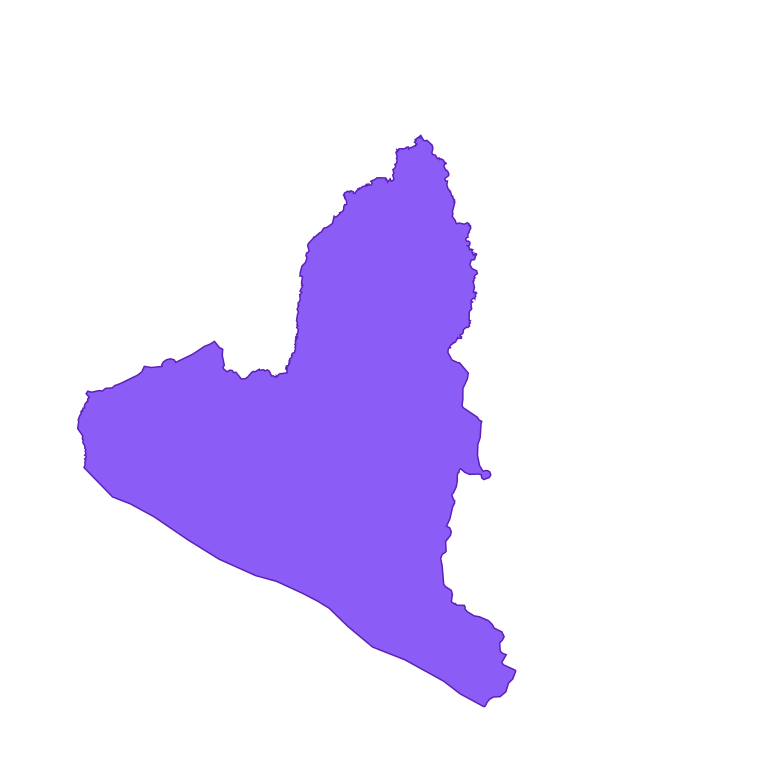 the district of Sissala West, Upper West, Ghana, rotated 209°
{"feature_id": "2480657B76140913943028", "entity_name": "Sissala West", "entity_type": "district", "adm_level": 2, "iso_a3": "GHA", "parent_name": "Ghana", "parent_adm1": "Upper West", "projection": "natural_earth1", "projection_center": [-2.221, 10.758], "detail": "fine", "context": "isolated", "style": "filled", "palette": "violet", "viewbox_px": 768, "rotation_deg": 209, "n_neighbors": 0, "source": "geoboundaries", "source_scale": "gbopen_adm2", "svg_char_len": 6171}
<svg xmlns="http://www.w3.org/2000/svg" viewBox="0 0 768 768"><g transform="rotate(209 384 384)"><path d="M365.7,541.8L366.2,542.6L366.9,542.0L367.8,542.3L367.8,540.6L368.5,540.2L369.6,540.8L369.9,542.2L370.6,541.8L371.9,543.1L371.5,544.5L373.2,544.2L374.3,542.9L376.0,545.1L377.9,545.3L376.4,547.0L377.4,549.4L379.5,550.0L380.9,548.9L382.7,550.1L382.9,551.7L381.7,553.0L383.4,555.9L383.0,558.2L383.6,559.1L383.6,562.2L385.1,564.3L386.0,563.6L386.4,564.6L387.2,564.4L387.2,565.2L389.2,565.5L391.3,562.7L396.4,561.2L398.5,559.2L400.9,561.5L405.7,563.8L406.1,566.1L407.7,567.9L410.2,577.5L411.4,577.3L411.4,579.1L414.2,580.2L414.9,581.6L416.1,581.4L419.0,584.3L419.8,584.1L420.0,585.0L422.4,585.6L425.7,588.7L426.9,592.3L428.3,591.5L429.9,592.2L430.2,594.0L428.6,597.1L428.8,598.7L430.4,600.3L432.8,601.4L433.8,601.1L437.2,603.6L437.7,606.0L436.5,606.6L436.8,607.3L438.8,607.3L440.8,608.7L443.6,608.5L444.3,607.3L445.4,608.4L446.6,607.0L450.0,609.1L451.8,608.4L454.1,609.1L455.5,613.9L457.8,616.3L464.7,617.9L465.9,616.6L467.4,616.3L473.0,619.6L472.3,618.7L473.3,616.8L472.4,616.6L473.8,616.0L475.2,612.7L474.0,612.5L474.6,610.3L471.6,609.7L472.2,608.8L471.8,607.5L472.7,607.2L474.6,604.0L475.8,603.5L476.5,601.4L477.8,603.0L479.2,601.8L480.0,599.8L485.0,596.9L484.5,595.4L486.4,595.2L484.9,593.7L485.8,593.3L485.7,592.1L482.8,589.6L482.5,587.3L481.2,586.4L480.0,583.4L481.0,581.3L479.4,580.3L479.2,577.9L480.2,575.9L477.6,573.1L477.7,570.9L474.7,568.1L474.9,566.4L476.1,564.9L478.1,566.4L478.7,562.3L480.5,563.9L481.5,563.5L481.5,564.7L482.8,564.9L490.0,561.0L491.3,558.1L493.6,555.5L493.7,554.7L492.7,555.1L491.7,553.6L491.7,551.9L493.1,550.7L494.0,551.6L494.6,551.2L495.0,549.2L495.8,550.4L496.3,550.1L496.4,547.8L498.3,546.6L499.6,543.5L500.5,543.4L500.2,542.3L501.4,542.1L501.0,540.8L501.7,539.8L501.8,536.5L503.1,536.1L503.8,537.2L506.3,537.0L507.2,536.4L507.1,535.3L509.3,535.0L511.1,531.9L510.9,529.7L510.4,530.0L509.7,528.6L508.9,528.8L508.6,527.5L506.0,526.3L504.5,524.4L503.9,522.9L504.2,522.1L505.3,521.9L505.3,520.2L503.7,516.2L504.2,514.3L505.8,512.3L505.1,511.9L506.5,507.6L507.4,506.4L509.0,506.6L506.9,499.4L509.7,493.5L512.3,491.0L512.5,486.4L513.4,485.5L516.0,478.4L516.7,478.4L516.5,477.1L518.3,470.0L517.9,468.1L514.1,464.2L514.5,461.7L515.2,461.1L514.5,458.3L512.7,457.2L512.0,454.5L511.6,452.3L512.9,447.3L511.2,440.5L509.7,437.6L509.0,438.4L507.3,438.2L505.0,432.0L503.9,431.6L503.9,430.5L502.8,430.7L502.4,424.4L500.4,424.3L500.5,421.6L501.1,421.4L498.3,417.3L497.9,414.8L498.5,413.5L497.2,411.1L496.5,411.2L496.3,407.3L493.6,405.4L493.6,403.6L491.3,397.1L489.4,395.6L488.8,393.4L487.7,393.3L487.8,391.2L485.3,390.1L483.9,385.6L484.5,385.1L482.2,382.7L483.9,382.6L483.2,380.7L482.7,381.1L482.1,380.1L482.5,378.7L481.0,376.8L481.2,375.4L480.0,375.2L479.6,372.8L478.6,372.2L477.6,368.2L479.0,366.4L478.7,364.1L478.1,364.2L477.6,363.1L478.7,360.0L478.0,359.3L478.3,357.4L477.6,358.3L476.7,356.6L477.3,356.1L476.5,354.0L478.0,352.6L478.0,351.6L477.3,349.8L476.4,351.2L475.9,349.2L474.2,346.7L479.7,342.7L480.7,341.5L481.1,338.9L481.9,339.0L481.2,338.3L483.4,337.2L484.9,337.5L486.2,336.5L490.7,339.7L492.9,339.8L494.4,337.8L496.3,338.1L499.5,335.7L500.3,336.4L502.7,332.2L504.5,331.6L505.4,330.0L506.6,324.1L508.0,321.2L511.4,319.3L519.1,322.5L521.1,321.1L523.2,322.2L525.4,321.5L527.3,318.6L531.6,319.5L532.9,320.4L532.7,322.9L539.3,330.6L541.9,336.2L545.7,336.1L552.9,339.1L555.6,334.3L559.2,330.0L565.9,317.1L576.6,302.0L579.2,303.4L582.8,302.6L585.9,299.9L587.7,296.3L587.7,293.3L586.6,291.8L595.5,285.6L602.2,283.2L601.7,277.1L604.0,272.0L615.1,256.2L618.8,252.0L619.7,248.9L625.4,245.2L626.9,241.3L629.9,240.2L635.7,235.1L639.6,234.1L639.8,231.1L635.2,229.4L635.9,227.5L634.6,225.0L635.3,224.6L635.8,221.7L635.3,219.2L634.2,217.9L635.5,216.9L634.6,214.3L635.4,214.1L634.9,213.5L635.6,212.8L634.3,210.6L634.8,209.3L634.1,204.5L632.9,203.2L630.3,196.5L622.2,192.5L621.9,191.0L620.7,189.3L620.0,189.4L618.9,186.6L615.9,185.0L614.3,182.6L612.9,181.9L612.8,180.4L610.8,178.4L611.3,176.6L609.4,176.4L608.9,175.6L609.5,173.3L608.3,173.3L607.7,170.5L606.2,168.5L605.9,165.5L566.6,153.6L547.7,156.2L520.6,156.4L479.8,152.6L443.1,150.8L403.3,154.2L382.2,159.3L354.3,161.4L336.5,161.9L323.3,161.3L298.3,154.5L266.4,148.4L231.8,152.9L187.9,153.0L167.0,149.9L140.3,150.2L139.3,151.3L139.5,155.7L138.8,159.5L136.4,163.4L130.8,166.9L128.2,174.0L130.1,182.8L128.4,188.3L129.5,196.4L130.1,197.3L143.6,196.3L146.0,197.8L145.8,206.5L150.1,205.9L153.1,207.0L157.3,213.7L156.3,217.5L156.4,221.2L160.7,224.3L169.4,223.9L172.5,226.1L177.8,227.6L187.7,226.7L192.6,224.9L200.8,225.2L204.1,226.5L205.1,228.5L206.6,229.3L213.1,225.8L215.2,226.6L215.9,225.7L219.6,226.3L222.1,233.0L225.0,236.1L232.0,236.6L234.7,237.8L245.0,253.2L249.8,258.8L250.5,263.4L248.7,266.6L248.7,268.1L253.7,276.0L252.5,283.8L253.2,286.3L253.6,287.5L256.9,290.1L260.3,289.9L261.1,298.4L264.4,309.8L264.5,314.0L265.7,316.3L267.2,316.6L271.0,319.9L270.5,322.9L271.0,329.3L273.1,335.2L275.6,339.5L276.2,342.4L275.6,343.3L276.5,344.9L275.8,347.1L270.5,345.9L265.4,346.4L257.9,351.0L254.9,351.8L253.2,349.4L250.4,348.8L246.5,353.3L246.6,356.4L248.9,358.4L250.9,358.5L252.6,358.0L255.1,355.7L260.9,359.0L267.7,367.0L272.6,376.6L274.0,384.0L279.9,396.4L280.4,398.7L283.4,398.6L286.2,400.2L303.5,401.7L305.4,403.2L307.6,408.8L312.8,418.3L313.6,429.1L315.6,434.4L328.4,439.2L329.9,438.4L336.3,438.0L343.2,442.4L344.6,445.1L344.7,446.7L343.5,448.0L344.6,448.4L344.4,450.9L343.6,452.0L343.7,453.7L342.7,453.8L341.8,455.7L342.0,460.3L341.1,459.9L338.4,461.5L339.2,463.0L340.5,462.7L341.3,463.6L339.6,466.1L339.9,468.2L340.7,469.2L340.6,470.7L339.3,473.8L338.0,474.1L337.3,476.2L338.6,477.4L338.1,479.2L339.5,479.6L339.0,481.2L340.7,481.4L344.1,487.9L344.5,489.9L343.7,491.5L344.0,492.9L345.2,493.3L345.5,494.9L347.2,496.6L346.3,498.7L348.4,498.9L347.9,501.4L346.9,502.9L345.9,502.5L346.5,503.5L346.2,504.9L347.5,506.5L347.0,508.4L348.4,508.9L349.5,507.5L350.4,507.6L351.7,512.4L356.0,517.1L355.3,517.9L356.3,519.6L355.8,521.0L357.1,521.7L357.2,522.9L355.9,525.8L357.8,527.9L362.8,527.6L366.8,530.0L367.7,534.6L365.1,536.8L366.1,540.8L365.7,541.8Z" fill="#8b5cf6" stroke="#5b21b6" stroke-width="1.5"/></g></svg>